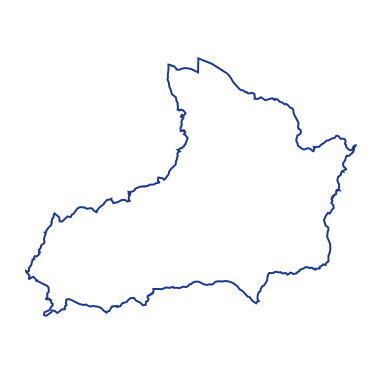 outline of Vrancioaia, Vrancea, Romania, rotated 4°
{"feature_id": "2599482B95267068995813", "entity_name": "Vrancioaia", "entity_type": "district", "adm_level": 2, "iso_a3": "ROU", "parent_name": "Romania", "parent_adm1": "Vrancea", "projection": "orthographic", "projection_center": [26.711, 45.867], "detail": "fine", "context": "isolated", "style": "outline", "palette": "blue", "viewbox_px": 384, "rotation_deg": 4, "n_neighbors": 0, "source": "geoboundaries", "source_scale": "gbopen_adm2", "svg_char_len": 5987}
<svg xmlns="http://www.w3.org/2000/svg" viewBox="0 0 384 384"><g transform="rotate(4 192 192)"><path d="M263.7,298.6L265.0,296.5L266.2,296.1L265.1,294.7L264.7,293.3L264.8,290.3L265.5,287.6L267.2,285.9L267.4,283.5L269.0,280.9L270.2,280.3L271.1,279.1L273.0,275.2L273.5,269.3L274.7,267.4L278.3,267.3L279.9,266.2L282.1,265.6L283.4,266.2L286.3,265.8L286.8,266.5L288.7,266.9L290.5,266.3L292.0,266.7L292.8,267.8L294.8,266.7L295.5,265.6L297.5,265.9L298.8,266.8L301.8,265.9L303.3,264.1L304.5,263.7L305.2,262.0L308.6,260.5L310.5,259.0L313.3,259.1L314.5,259.8L316.9,259.0L317.9,260.1L319.4,260.0L320.2,260.9L321.0,259.9L324.7,259.4L324.9,259.0L324.5,258.2L324.9,257.5L326.6,256.6L327.8,255.0L330.3,255.5L330.4,254.4L331.4,252.9L332.9,251.8L332.6,246.2L333.7,242.4L334.0,239.5L333.5,234.4L330.0,227.3L330.1,222.1L330.8,219.8L330.4,217.8L327.6,216.2L325.6,211.0L326.9,207.0L328.9,203.5L329.9,203.3L330.6,203.9L332.1,202.0L332.4,200.6L334.5,198.0L334.0,196.6L334.1,195.7L331.7,192.9L332.7,191.2L331.6,189.3L332.5,188.6L332.1,187.6L333.1,187.2L332.9,186.1L334.1,185.7L334.4,184.5L335.4,184.5L336.0,183.8L335.8,181.3L336.4,181.1L336.3,180.0L339.1,180.0L338.0,178.8L338.5,176.9L338.2,175.8L338.3,174.3L336.1,170.2L336.7,166.8L339.4,164.4L339.2,162.8L340.4,161.0L340.9,161.1L340.5,160.7L344.1,158.7L344.0,158.1L341.2,155.8L340.7,153.0L342.6,149.5L343.1,146.4L344.0,144.9L345.0,145.3L346.7,144.5L350.3,140.5L350.1,139.9L350.7,138.3L350.4,137.4L352.0,134.1L351.1,134.2L350.0,135.3L348.5,139.1L346.9,139.4L344.4,138.0L342.5,135.8L342.4,134.4L341.1,133.3L341.8,130.8L340.8,128.8L339.2,128.3L336.5,128.5L333.9,125.9L332.0,125.8L330.5,128.1L328.0,128.8L324.3,131.1L322.7,131.3L319.9,134.2L317.3,135.9L315.7,138.1L312.6,138.3L311.8,139.0L310.4,138.6L310.9,140.3L310.4,142.8L309.7,142.9L308.2,141.5L306.1,140.4L304.3,140.3L301.0,141.8L298.8,141.3L294.4,138.3L293.9,136.2L292.6,134.0L292.4,132.3L293.2,128.3L295.9,126.6L296.5,124.8L296.3,123.5L295.5,122.1L294.2,121.7L293.3,120.5L293.5,116.3L293.0,114.7L288.9,108.3L287.7,105.5L287.3,103.1L286.0,101.4L283.8,100.9L282.6,99.4L279.8,97.5L278.4,98.1L275.9,96.5L273.1,95.8L271.3,93.9L270.2,93.5L269.2,94.0L268.5,93.5L267.9,94.2L267.2,93.4L266.6,93.8L265.5,92.9L258.7,95.3L254.2,92.7L251.3,94.6L248.0,94.6L248.2,93.4L247.6,92.1L247.7,90.4L247.0,89.6L245.4,89.0L241.1,89.8L239.6,88.5L238.5,88.7L235.7,87.0L234.0,86.9L232.3,86.1L225.7,79.8L221.8,74.2L218.9,71.4L203.1,62.8L189.0,58.3L189.7,72.2L182.4,69.3L176.6,68.8L173.3,69.7L171.1,70.8L168.1,71.0L167.0,69.1L164.7,67.6L163.3,67.7L162.1,66.9L159.6,66.6L160.0,71.4L159.7,76.5L160.0,80.0L159.6,81.4L161.1,84.1L162.2,88.9L163.5,91.1L165.1,95.8L169.3,98.6L170.2,102.3L171.5,104.3L171.6,106.5L172.1,107.7L171.9,110.9L173.1,111.5L173.7,111.0L174.3,111.4L175.0,110.6L177.5,111.1L180.1,113.8L178.3,116.6L176.5,115.8L175.7,117.7L178.3,118.9L177.0,120.8L176.7,122.7L176.6,124.0L177.2,125.7L176.6,126.9L176.8,127.5L176.1,128.6L176.2,131.5L176.5,132.0L178.3,131.2L179.2,131.9L179.7,131.1L180.4,131.6L180.4,132.3L181.2,133.3L179.9,135.0L181.3,135.6L183.9,138.3L183.6,140.0L182.4,143.1L182.4,144.5L181.3,145.3L180.8,147.1L179.6,147.8L178.6,149.2L177.7,149.0L176.6,149.6L176.2,150.9L175.1,151.0L177.0,152.4L175.1,153.3L174.7,155.2L175.4,156.8L174.5,159.2L174.7,160.6L173.8,162.6L173.9,164.8L173.6,165.9L168.8,171.3L167.8,173.3L167.4,176.0L164.0,181.3L163.0,181.7L162.5,180.8L161.6,180.5L157.4,179.9L157.1,183.2L158.6,184.2L158.5,184.9L155.3,185.8L154.8,186.4L152.4,187.4L148.9,187.7L147.2,189.3L145.5,189.2L144.4,190.0L142.9,189.6L142.2,190.2L140.1,190.2L135.0,192.7L134.7,194.1L133.1,195.4L130.5,196.3L128.7,196.2L129.2,197.5L130.5,197.4L130.5,198.7L129.1,198.7L129.8,200.5L129.3,201.7L129.4,203.7L130.5,205.2L128.3,206.1L126.1,204.7L122.6,204.8L118.4,207.4L114.3,208.6L113.4,207.0L112.0,205.5L112.0,204.4L110.4,205.3L107.9,205.8L105.2,208.9L104.9,210.2L100.8,213.8L98.2,217.6L98.4,218.5L98.0,218.9L94.9,217.0L94.1,215.9L92.2,215.1L88.6,216.1L85.3,214.9L81.4,214.9L78.8,216.5L75.4,221.9L73.4,223.4L72.9,225.3L72.0,225.6L69.5,225.1L64.5,230.5L62.0,230.5L61.3,226.5L56.3,223.0L55.6,224.7L55.6,226.9L54.4,228.6L54.3,230.5L53.7,231.6L54.3,232.4L53.6,235.1L51.3,237.6L49.6,240.4L49.1,242.3L48.1,242.7L49.0,243.6L47.6,248.8L47.6,249.7L48.2,251.2L48.3,253.1L45.5,255.5L45.1,256.6L45.1,258.0L43.3,260.4L43.9,261.0L43.5,262.3L44.3,262.7L43.7,263.3L44.1,264.5L41.4,267.3L39.9,266.9L39.5,267.2L38.8,268.8L39.3,270.0L37.5,270.7L37.6,272.5L36.9,273.8L37.0,274.9L36.5,276.6L34.6,279.3L35.0,280.5L34.8,282.1L33.7,282.9L32.0,282.4L32.3,283.4L35.7,286.6L35.4,289.7L35.6,290.1L39.5,287.6L41.8,289.4L42.9,291.5L44.1,291.0L44.5,291.8L54.1,295.8L55.2,296.8L55.7,297.9L56.0,301.5L55.9,302.2L54.9,302.7L54.6,304.6L55.1,305.6L53.8,308.9L54.9,309.3L55.9,308.2L56.9,308.3L57.1,309.3L58.9,309.6L59.3,312.0L59.6,312.7L60.8,313.2L60.9,314.9L59.5,316.3L58.2,319.7L53.5,322.1L53.0,322.8L53.0,325.2L55.1,325.7L60.1,321.7L60.7,319.9L63.4,320.2L66.0,322.1L70.8,318.0L73.0,318.1L73.6,316.9L73.0,315.9L73.3,314.7L74.8,313.6L73.9,311.7L74.2,310.9L74.0,308.4L75.4,307.5L78.4,307.8L87.4,311.6L92.0,312.3L94.2,311.6L97.2,313.2L99.4,313.2L100.9,312.6L107.0,313.1L109.8,314.3L112.0,316.4L115.2,318.3L115.4,317.5L117.8,316.5L120.0,312.0L121.5,311.8L121.5,311.4L125.7,311.0L125.6,311.8L128.1,311.1L128.7,310.7L129.9,308.1L134.9,306.0L135.4,304.8L137.3,302.8L138.6,302.1L141.5,301.8L143.8,304.3L148.3,306.0L150.9,308.4L153.6,307.8L153.8,304.5L155.4,303.9L156.0,302.3L156.0,301.4L154.9,300.0L155.3,298.3L157.3,298.0L157.5,297.0L158.8,296.8L158.8,296.0L160.0,295.8L160.0,294.8L160.6,294.4L160.2,291.4L169.2,290.9L172.8,289.0L176.4,289.2L179.7,287.9L180.5,288.9L184.2,288.5L185.9,288.9L190.0,287.0L192.8,287.3L194.9,285.8L195.9,284.3L197.6,284.0L198.9,282.5L200.7,281.5L203.0,281.0L205.6,281.2L210.6,283.4L213.7,283.6L216.0,282.8L217.1,283.1L219.2,282.5L221.6,280.0L222.7,279.6L226.5,279.0L228.0,279.3L231.9,278.4L236.1,278.9L239.4,280.0L244.1,283.0L245.9,285.4L249.5,287.4L254.8,292.4L256.7,292.8L259.9,296.3L263.7,298.6Z" fill="none" stroke="#1e3a8a" stroke-width="2"/></g></svg>